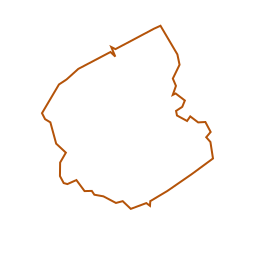 Bedford, Tennessee, United States of America, rotated 56°
{"feature_id": "52423323B66750540744461", "entity_name": "Bedford", "entity_type": "district", "adm_level": 2, "iso_a3": "USA", "parent_name": "United States of America", "parent_adm1": "Tennessee", "projection": "albers", "projection_center": [-86.442, 35.51], "detail": "fine", "context": "isolated", "style": "outline", "palette": "amber", "viewbox_px": 256, "rotation_deg": 56, "n_neighbors": 0, "source": "geoboundaries", "source_scale": "gbopen_adm2", "svg_char_len": 727}
<svg xmlns="http://www.w3.org/2000/svg" viewBox="0 0 256 256"><g transform="rotate(56 128 128)"><path d="M60.2,51.0L55.6,94.3L51.5,96.6L61.7,98.6L55.2,100.0L51.2,136.1L53.4,151.8L53.3,160.9L67.6,191.0L74.3,191.8L79.9,189.2L100.8,196.3L113.7,193.3L118.7,203.6L129.8,211.3L137.7,212.1L140.6,209.6L142.3,199.9L156.0,199.3L159.9,193.2L164.5,193.2L170.9,186.6L183.4,179.9L185.7,173.3L196.6,170.9L200.5,154.8L204.8,153.3L201.1,150.4L202.2,130.7L201.9,101.5L200.8,74.6L185.7,67.5L179.4,68.3L177.5,61.7L166.3,60.5L162.6,66.7L153.2,69.9L155.2,75.1L145.0,80.4L140.7,78.6L140.8,71.2L137.0,65.5L126.0,69.2L125.6,72.4L119.9,64.7L112.1,63.2L104.4,49.9L94.6,45.9L61.4,43.9L60.2,51.0Z" fill="none" stroke="#b45309" stroke-width="2"/></g></svg>